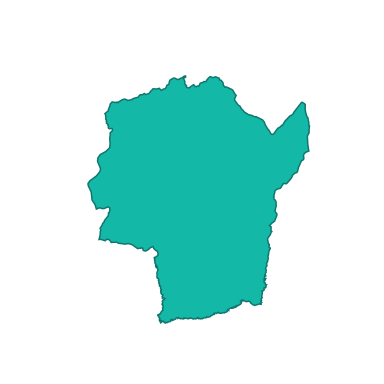 outline of Luwu Utara, Sulawesi Selatan, Indonesia, rotated 28°
{"feature_id": "22746128B26232805086319", "entity_name": "Luwu Utara", "entity_type": "district", "adm_level": 2, "iso_a3": "IDN", "parent_name": "Indonesia", "parent_adm1": "Sulawesi Selatan", "projection": "natural_earth1", "projection_center": [120.334, -2.406], "detail": "fine", "context": "isolated", "style": "filled", "palette": "teal", "viewbox_px": 384, "rotation_deg": 28, "n_neighbors": 0, "source": "geoboundaries", "source_scale": "gbopen_adm2", "svg_char_len": 6045}
<svg xmlns="http://www.w3.org/2000/svg" viewBox="0 0 384 384"><g transform="rotate(28 192 192)"><path d="M224.1,321.1L225.3,319.9L225.8,320.0L225.6,322.9L226.4,320.6L227.3,319.6L228.0,319.7L228.7,320.3L229.1,319.8L229.9,320.2L230.3,319.4L231.2,319.2L232.3,317.5L233.5,316.7L233.6,315.4L233.3,314.8L234.0,313.9L234.8,314.8L237.2,311.8L237.2,310.6L238.5,309.7L238.9,310.1L239.2,309.2L241.2,309.4L242.4,308.5L243.8,308.3L244.3,307.7L244.1,306.8L245.2,306.9L246.5,306.0L247.8,305.9L248.6,305.4L248.7,304.5L249.7,304.4L250.5,303.6L252.8,303.6L253.6,302.6L255.0,302.3L256.0,300.1L256.5,300.2L256.5,300.8L257.3,300.8L257.7,300.1L258.8,300.2L259.7,299.6L259.7,299.1L260.8,298.9L262.2,296.8L262.9,296.8L264.0,295.9L263.8,295.0L265.2,294.8L266.4,293.7L267.0,291.9L267.4,291.8L268.1,290.3L269.1,289.6L268.3,289.2L268.4,288.7L269.6,287.8L270.8,287.6L271.5,285.9L273.0,286.3L274.8,285.3L276.0,284.0L277.4,283.5L277.4,283.1L278.7,281.9L279.1,281.1L278.9,280.9L279.2,279.8L278.9,279.4L280.0,279.4L279.7,278.9L279.8,277.2L281.2,275.6L281.2,276.0L281.6,276.1L283.3,274.8L283.4,274.0L284.2,273.6L283.3,273.2L283.8,272.8L284.4,273.0L284.8,272.5L284.6,271.5L285.4,271.6L285.6,270.7L286.5,270.3L286.6,269.1L287.4,268.6L287.7,267.2L287.4,266.2L286.5,266.1L286.0,265.5L286.7,265.0L286.9,263.8L287.4,263.4L288.1,264.3L288.5,263.7L291.7,263.2L293.2,261.9L294.7,261.6L295.8,262.5L296.7,262.4L298.2,263.0L300.6,262.7L304.1,259.2L305.7,258.7L305.2,258.2L305.3,257.3L305.0,257.5L305.2,257.1L304.1,256.0L303.9,255.3L304.5,255.6L304.5,255.3L303.4,254.4L303.3,252.7L303.6,252.4L302.5,251.3L301.7,248.5L301.1,247.8L301.1,247.2L300.2,246.8L301.5,245.4L301.6,244.2L301.1,244.0L300.6,242.8L300.9,242.4L301.7,242.3L302.0,241.2L301.2,239.9L301.3,239.0L300.5,239.4L299.6,238.0L297.9,237.8L297.1,235.7L297.9,235.8L297.8,233.9L296.6,234.5L296.8,234.0L295.9,232.8L296.1,231.8L296.6,231.4L295.8,230.8L295.5,231.3L295.0,229.1L295.1,228.1L294.5,227.2L294.3,226.1L293.0,225.2L292.6,223.7L292.8,221.9L291.2,219.9L291.5,218.7L290.7,215.5L290.1,214.2L289.1,213.0L289.1,211.9L287.6,207.8L287.7,205.3L287.3,204.7L285.9,204.5L284.9,202.1L283.3,201.3L280.8,198.1L280.6,196.7L281.2,193.0L280.7,190.1L281.1,189.5L279.8,188.9L278.2,185.6L276.2,185.2L277.3,181.7L278.6,179.0L277.9,172.9L277.2,171.4L274.9,170.4L273.9,169.1L273.0,165.1L270.8,161.2L269.5,160.2L267.5,159.7L266.7,157.7L266.2,157.6L265.3,153.6L264.9,153.0L265.0,151.2L265.7,149.6L268.2,147.3L268.6,145.3L268.3,144.2L268.8,143.0L268.6,142.1L268.9,141.5L271.4,140.4L271.8,139.4L273.0,134.2L273.2,131.5L272.8,130.3L273.9,127.2L275.2,125.8L275.6,124.8L274.5,120.3L274.0,113.0L275.3,111.0L274.6,109.0L273.5,108.0L273.0,105.7L273.9,103.4L275.9,101.0L271.8,95.5L267.6,88.5L267.6,84.7L266.9,83.9L266.7,82.8L266.1,82.2L264.7,78.4L263.6,78.0L262.7,76.1L259.3,71.9L258.3,71.7L255.1,68.5L253.2,66.0L250.9,61.6L249.8,61.2L247.0,61.1L246.6,61.7L244.5,73.9L244.5,76.0L243.6,78.0L242.9,78.4L240.8,85.8L240.6,90.7L239.8,91.2L239.5,92.8L237.8,95.6L236.8,102.5L235.7,103.6L234.6,103.7L230.7,101.2L229.4,100.9L225.0,98.2L223.0,96.3L220.4,95.2L213.3,95.4L212.0,96.2L208.7,96.3L205.5,97.2L200.1,96.7L199.2,96.1L196.9,95.5L194.1,93.7L191.9,93.5L186.9,91.1L186.0,90.2L185.6,85.9L184.9,85.9L179.8,82.8L174.1,83.0L172.4,83.4L171.8,84.0L169.5,82.9L168.0,80.9L165.3,79.7L164.0,80.2L162.7,78.8L158.7,79.2L156.9,81.2L154.3,81.5L153.6,82.0L152.6,85.3L152.5,88.0L150.7,88.9L150.0,90.3L148.2,92.0L148.3,95.2L147.1,95.8L146.5,96.9L145.1,97.5L143.8,96.6L142.9,96.6L140.4,101.6L138.4,102.1L137.7,101.8L137.0,100.5L136.4,100.7L134.8,99.8L133.8,97.7L131.8,96.3L131.3,95.0L132.5,93.6L131.8,92.6L130.8,93.3L130.0,94.9L130.0,96.1L128.8,96.5L127.6,98.6L125.9,99.7L124.1,99.4L122.2,100.1L120.1,103.3L120.1,105.0L120.9,107.0L120.5,108.6L119.7,109.6L120.1,111.9L119.9,113.1L119.4,114.0L118.5,114.4L117.4,116.4L117.0,116.7L114.4,115.8L112.3,117.8L109.6,118.9L108.8,119.7L108.8,121.2L108.0,122.7L108.2,123.5L107.8,125.2L105.4,127.7L103.7,127.4L102.4,129.5L100.6,130.5L100.1,131.9L100.1,133.4L96.7,136.6L95.7,137.8L95.5,138.7L92.2,141.4L90.8,141.2L88.6,141.7L87.1,143.3L84.7,147.3L84.8,147.7L83.5,147.8L83.4,148.5L79.2,150.0L78.5,152.7L79.1,154.8L79.6,159.0L80.0,159.6L78.3,163.7L79.1,164.2L81.0,166.6L81.6,168.2L83.0,168.8L83.1,169.9L84.0,170.6L84.2,171.5L86.2,171.8L86.5,172.7L87.5,173.1L87.6,174.0L88.3,174.9L89.7,174.8L91.5,173.4L92.5,174.1L92.9,175.6L92.0,177.9L92.1,178.7L92.7,179.3L94.1,183.0L97.3,188.4L98.5,191.5L96.9,196.7L93.4,202.0L92.9,205.9L94.2,209.3L100.0,214.0L101.0,216.1L100.8,219.3L100.0,222.8L96.6,230.0L96.2,233.0L96.4,233.8L97.7,235.4L103.0,239.3L107.5,246.0L112.4,248.7L115.6,252.0L117.6,249.4L120.8,248.7L122.2,247.8L124.9,244.5L126.8,244.6L128.1,246.9L128.4,248.6L128.1,249.9L128.8,250.9L129.2,252.5L128.1,258.3L128.5,259.7L127.9,261.4L128.2,263.7L127.9,266.8L128.1,267.5L129.4,268.5L129.7,270.2L131.1,273.1L132.2,277.6L133.4,276.7L138.2,275.8L138.8,274.0L140.1,273.2L141.9,273.1L144.3,274.5L149.0,271.6L151.0,271.8L157.4,269.4L160.0,267.4L164.0,266.6L170.7,267.5L171.6,266.5L173.2,265.7L173.9,264.8L174.9,264.8L176.4,266.5L178.7,266.0L180.5,263.4L181.3,260.8L183.1,258.5L185.1,260.0L188.0,260.7L189.2,260.5L191.1,262.4L191.5,264.1L190.6,266.7L189.9,266.8L189.5,268.0L191.3,269.4L191.0,269.9L191.9,270.7L192.6,272.1L195.8,274.0L194.6,274.2L195.3,275.2L197.4,275.7L198.4,276.4L199.0,280.0L200.1,281.5L200.9,283.6L201.9,284.4L202.5,284.2L203.4,284.6L204.0,285.5L203.8,285.8L205.6,287.5L205.5,288.0L206.0,288.1L207.0,289.7L207.5,290.2L207.8,289.8L208.4,290.0L209.7,292.2L210.8,292.5L210.6,293.5L211.1,293.7L211.0,294.3L211.7,294.9L211.7,295.6L213.1,296.5L214.7,296.6L214.7,298.3L215.3,298.5L215.5,299.6L215.8,299.6L216.0,298.8L218.2,298.9L217.7,299.6L217.8,300.3L217.3,300.6L217.0,301.4L217.1,302.6L218.3,303.5L218.1,305.1L219.0,305.3L219.4,306.1L219.8,305.9L220.3,306.6L220.6,307.4L220.4,308.2L221.8,310.1L221.1,311.5L221.2,314.2L220.6,315.0L220.8,315.5L219.6,316.2L219.7,317.0L223.2,318.9L222.9,319.5L223.5,319.8L223.4,320.5L224.1,321.1ZM224.8,321.9L225.5,320.9L225.4,320.0L224.9,321.2L224.8,321.9Z" fill="#14b8a6" stroke="#0f766e" stroke-width="1.5"/></g></svg>